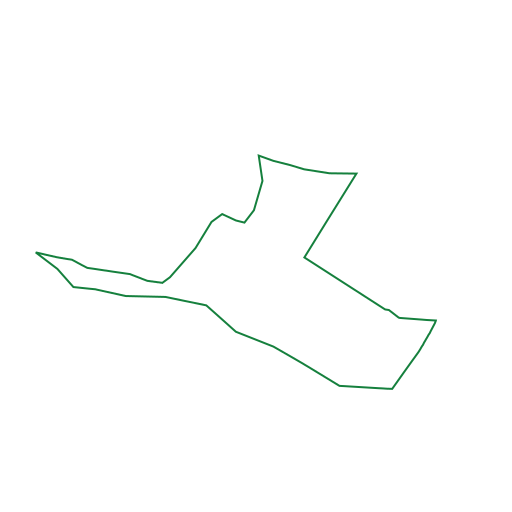 outline of Al Meiram, South Kordufan, Sudan, rotated 302°
{"feature_id": "16777658B70397884779871", "entity_name": "Al Meiram", "entity_type": "district", "adm_level": 2, "iso_a3": "SDN", "parent_name": "Sudan", "parent_adm1": "South Kordufan", "projection": "orthographic", "projection_center": [27.504, 10.327], "detail": "fine", "context": "isolated", "style": "outline", "palette": "green", "viewbox_px": 512, "rotation_deg": 302, "n_neighbors": 0, "source": "geoboundaries", "source_scale": "gbopen_adm2", "svg_char_len": 2501}
<svg xmlns="http://www.w3.org/2000/svg" viewBox="0 0 512 512"><g transform="rotate(302 256 256)"><path d="M132.9,117.6L139.9,131.9L142.7,137.5L143.1,138.8L153.0,166.7L173.3,200.9L180.1,219.3L187.8,240.0L183.8,263.5L182.2,272.7L181.1,279.1L188.4,318.8L189.3,343.6L189.6,352.9L189.6,354.6L189.7,359.0L190.1,395.6L191.3,397.8L192.3,399.6L208.4,429.2L210.9,433.7L212.7,437.1L215.5,441.9L218.8,442.1L236.1,443.1L250.3,444.0L260.6,444.7L264.1,444.7L266.3,444.6L266.6,444.6L266.9,444.6L267.9,444.6L269.2,444.7L270.7,444.5L272.1,444.4L273.2,444.4L274.1,444.4L275.0,444.3L276.9,444.3L279.1,444.2L281.0,444.1L281.9,444.2L283.1,444.2L284.4,444.0L289.7,443.6L293.8,443.3L294.8,443.1L296.3,442.8L296.6,442.7L292.2,434.7L289.3,429.1L279.8,411.0L279.7,410.7L279.5,410.3L279.5,410.2L279.4,409.9L279.4,409.2L280.6,397.3L279.1,393.8L280.4,297.8L322.7,297.6L379.1,297.5L365.1,274.5L355.0,250.8L351.2,236.8L345.9,220.3L342.6,205.1L323.1,221.7L293.7,230.0L278.2,228.5L275.5,220.2L273.6,205.1L261.3,200.2L230.7,200.5L192.4,194.3L183.6,190.8L183.6,190.7L183.4,190.3L183.3,190.0L183.1,189.7L182.9,189.3L182.9,189.2L182.7,188.8L182.6,188.5L182.1,187.4L181.8,186.8L181.7,186.7L181.5,186.1L181.4,186.0L181.1,185.2L180.7,184.3L180.5,183.9L180.3,183.6L180.2,183.4L180.1,183.0L179.9,182.6L179.8,182.4L179.7,182.2L179.5,181.6L179.4,181.4L179.2,181.1L179.1,180.9L179.0,180.6L178.9,180.5L178.7,180.0L178.6,179.8L178.5,179.5L178.4,179.4L178.4,179.2L178.2,178.8L178.0,178.5L177.9,178.2L177.8,177.9L177.5,177.4L177.4,177.0L177.3,176.7L177.2,176.3L176.9,174.6L176.2,171.2L176.1,170.4L175.4,166.9L175.2,165.8L175.0,164.9L174.8,163.7L174.4,161.8L173.9,158.8L166.7,142.5L164.6,137.6L164.1,136.4L163.9,136.1L159.4,125.7L156.6,119.4L156.5,119.0L156.4,117.7L156.2,115.0L156.0,113.0L156.0,112.5L155.8,109.3L155.7,108.2L155.7,107.6L155.6,105.9L155.5,104.5L155.3,102.0L155.3,101.9L154.6,100.2L154.4,99.7L154.1,99.1L153.5,97.7L153.1,96.7L152.5,95.3L152.5,95.1L151.9,93.9L151.6,92.9L151.3,92.4L151.0,91.7L150.9,91.3L150.8,91.0L150.7,90.9L150.5,90.4L150.4,90.2L150.0,89.2L149.9,88.8L149.8,88.7L149.6,88.2L149.4,87.7L149.2,87.2L148.9,86.2L148.7,85.5L148.5,85.1L148.4,84.8L148.1,84.0L148.1,83.9L147.9,83.3L147.8,83.2L147.8,82.9L147.6,82.4L147.4,82.0L147.0,80.8L146.7,80.0L146.6,79.6L146.2,78.5L145.9,77.8L145.8,77.3L145.7,77.1L145.5,76.5L145.4,76.2L145.2,75.8L145.2,75.6L145.1,75.3L144.9,74.7L144.6,73.8L143.7,71.2L143.2,69.8L143.0,69.2L142.7,68.3L142.6,68.2L142.3,67.3L139.8,94.4L132.9,117.6Z" fill="none" stroke="#15803d" stroke-width="2"/></g></svg>